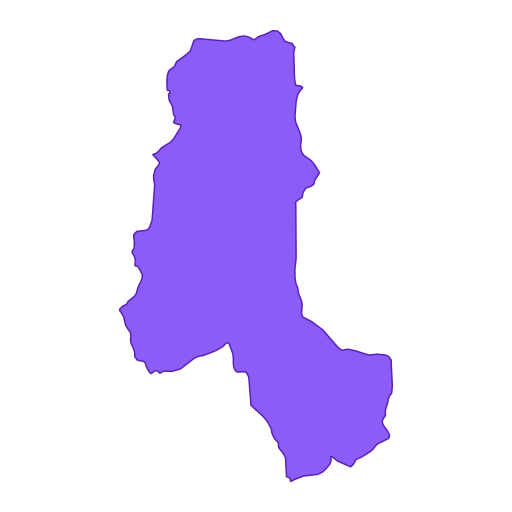 SVG path tracing the border of Takhar
{"feature_id": "AFG-1765", "entity_name": "Takhar", "entity_type": "Province", "adm_level": 1, "iso_a3": "AFG", "parent_name": "Afghanistan", "parent_adm1": "", "projection": "robinson", "projection_center": [69.729, 36.705], "detail": "fine", "context": "isolated", "style": "filled", "palette": "violet", "viewbox_px": 512, "rotation_deg": 0, "n_neighbors": 0, "source": "natural_earth", "source_scale": "10m", "svg_char_len": 3972}
<svg xmlns="http://www.w3.org/2000/svg" viewBox="0 0 512 512"><path d="M272.7,30.7L277.5,31.0L280.8,33.8L282.7,37.7L284.9,41.2L289.3,42.8L291.9,43.3L292.9,44.5L293.7,46.2L294.9,47.2L294.9,47.4L293.7,52.2L294.5,77.8L295.1,82.6L295.9,85.2L297.0,85.6L298.8,85.7L300.6,86.1L302.3,87.0L302.6,87.7L302.2,88.5L301.1,89.6L298.8,92.7L297.8,94.6L296.2,101.0L295.0,115.1L295.5,121.7L300.3,133.6L301.1,136.7L301.4,139.4L300.6,145.0L300.9,149.9L302.1,152.9L303.7,155.2L311.3,160.8L314.6,164.7L319.5,172.7L314.7,180.5L313.8,184.1L312.9,185.0L311.3,186.1L305.7,188.2L302.8,193.1L302.7,194.5L302.3,196.7L301.8,197.7L300.6,198.5L299.0,199.3L296.4,201.3L295.5,202.4L295.8,204.3L296.1,258.2L294.9,269.1L295.0,278.1L296.0,283.9L297.6,287.7L298.6,293.8L301.3,300.2L301.9,302.7L302.1,305.1L301.6,313.9L302.2,315.9L303.1,317.1L311.3,321.4L322.9,330.0L337.2,346.5L340.2,349.2L342.5,350.3L346.7,349.3L348.2,349.3L355.0,350.7L368.4,354.9L369.8,354.9L377.5,354.2L384.6,354.9L386.9,355.6L388.6,356.6L389.5,357.4L391.1,359.9L392.3,385.9L391.7,392.9L389.3,396.4L388.8,397.6L388.3,399.1L387.5,403.3L385.4,410.2L385.3,412.3L385.5,414.6L385.2,415.8L383.5,418.3L382.4,420.5L382.4,422.4L383.0,424.4L384.0,426.2L388.3,432.2L389.5,435.2L389.2,437.1L388.2,438.6L377.8,443.8L376.5,444.7L372.7,449.5L370.4,451.5L361.5,457.1L356.9,459.1L356.1,459.5L355.5,460.3L354.2,462.9L353.3,464.2L352.6,465.1L350.6,466.8L337.8,461.2L332.0,456.7L330.7,456.4L330.6,457.2L331.1,459.1L330.9,461.3L329.7,464.2L327.6,466.9L324.9,469.9L322.3,472.2L317.6,474.4L303.6,476.0L295.0,479.3L291.6,481.2L290.8,481.3L290.4,480.8L290.2,479.1L290.1,478.4L289.7,478.0L289.1,477.6L286.5,476.7L285.5,457.7L284.5,455.6L283.0,453.2L280.0,449.4L278.8,447.5L278.4,445.7L278.5,443.9L278.4,443.5L278.2,442.8L277.7,442.0L276.9,441.1L275.4,439.7L274.2,438.1L272.1,433.5L271.7,432.2L271.6,431.5L271.6,430.2L271.4,429.4L271.0,428.3L267.4,421.6L263.2,416.5L251.0,405.4L248.8,377.2L246.4,372.4L243.6,371.7L238.4,372.1L237.7,372.0L237.0,371.8L236.1,371.3L235.3,370.4L234.5,368.9L233.7,366.6L233.3,362.9L233.3,357.9L233.1,355.4L232.4,352.5L229.0,343.5L226.9,342.7L222.0,347.1L215.4,350.8L203.1,355.6L199.9,356.0L196.6,357.0L193.8,358.6L180.5,368.9L171.8,371.4L164.6,371.1L162.9,371.5L161.5,372.2L160.7,372.8L160.0,373.2L159.6,373.1L159.0,372.6L158.1,371.4L157.1,370.8L155.4,370.8L154.4,371.2L153.3,371.9L151.7,373.2L151.0,373.6L150.3,373.2L149.3,372.0L147.4,368.8L146.4,366.5L145.2,363.1L144.4,362.0L143.2,361.3L140.6,360.9L137.2,360.0L134.7,356.6L134.7,352.6L134.2,350.7L133.3,348.1L131.5,344.4L130.7,341.9L130.6,338.6L130.9,336.1L130.8,333.9L130.1,332.0L128.3,329.7L125.8,325.5L123.5,316.5L121.5,313.0L119.8,310.7L119.7,309.7L119.9,308.8L123.1,305.9L125.5,304.9L126.4,304.4L126.9,303.8L127.2,303.2L127.4,302.6L127.8,301.9L128.3,301.2L134.1,296.6L135.0,295.5L135.9,294.3L136.5,292.6L138.1,287.1L142.0,278.8L142.3,276.7L142.1,274.4L139.7,269.4L138.4,267.3L137.9,266.7L137.3,266.3L136.9,266.2L135.9,266.1L135.2,265.6L134.9,264.7L135.3,262.5L135.3,260.7L135.1,258.7L134.3,256.3L132.4,253.2L132.3,252.8L132.1,251.7L132.2,251.0L132.5,250.4L133.9,248.8L134.2,247.2L134.4,242.0L133.7,236.9L133.8,235.2L134.0,234.3L136.8,231.4L146.2,230.3L146.7,230.1L147.5,229.7L149.7,227.1L152.1,220.2L154.6,185.6L154.5,183.6L153.9,180.3L153.6,177.9L153.6,175.6L155.0,169.9L155.5,169.0L159.3,164.1L159.2,162.6L158.9,161.5L153.4,155.2L153.0,154.4L153.7,154.2L156.2,153.3L158.4,151.4L161.7,147.6L169.9,142.6L173.3,139.4L180.3,128.0L180.9,124.9L177.2,124.1L173.7,122.6L175.4,117.2L173.7,114.9L172.4,106.4L170.6,102.8L169.6,101.1L169.0,99.0L168.7,96.6L168.6,94.4L168.9,93.6L169.4,93.5L169.9,93.1L170.0,91.8L169.4,90.7L167.5,90.2L167.1,89.3L166.9,79.9L167.4,75.3L168.6,71.4L169.7,70.0L172.6,68.0L174.2,66.6L175.0,65.4L176.2,62.5L177.0,61.3L186.0,54.9L190.4,50.7L194.0,40.4L198.0,38.6L225.8,41.1L230.3,40.2L238.9,36.7L244.0,36.0L245.6,36.2L250.1,37.6L251.6,38.6L253.7,39.8L255.9,38.7L258.0,36.9L260.0,36.0L264.1,34.9L272.7,30.7Z" fill="#8b5cf6" stroke="#5b21b6" stroke-width="1.5"/></svg>